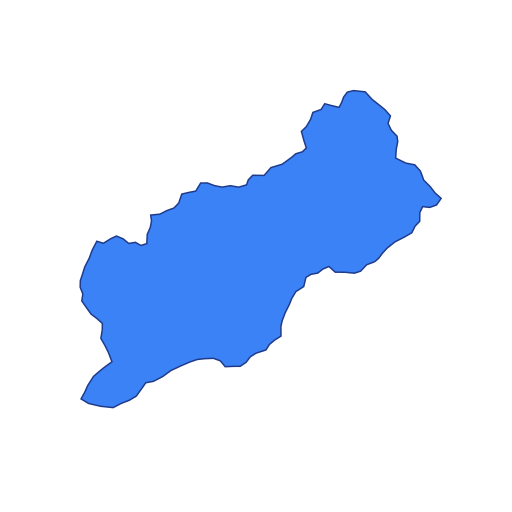 Ibiam, Santa Catarina, Brazil (Natural Earth projection), rotated 286°
{"feature_id": "56859067B57990833379238", "entity_name": "Ibiam", "entity_type": "district", "adm_level": 2, "iso_a3": "BRA", "parent_name": "Brazil", "parent_adm1": "Santa Catarina", "projection": "natural_earth1", "projection_center": [-51.214, -27.212], "detail": "fine", "context": "isolated", "style": "filled", "palette": "blue", "viewbox_px": 512, "rotation_deg": 286, "n_neighbors": 0, "source": "geoboundaries", "source_scale": "gbopen_adm2", "svg_char_len": 1929}
<svg xmlns="http://www.w3.org/2000/svg" viewBox="0 0 512 512"><g transform="rotate(286 256 256)"><path d="M443.9,315.7L441.9,304.2L438.7,298.6L432.9,296.4L427.3,296.0L421.8,294.9L421.4,286.4L421.3,280.1L414.8,278.2L409.7,271.1L402.4,270.8L394.2,268.7L388.3,265.3L380.4,270.1L373.7,274.6L368.9,271.8L365.2,266.0L360.6,263.0L351.4,255.8L345.1,246.0L335.7,241.6L332.7,230.6L327.1,227.6L321.8,227.3L317.4,220.4L316.5,211.9L312.9,204.5L312.2,196.9L312.8,189.1L310.9,182.7L301.8,180.2L298.7,174.1L295.1,167.6L285.5,167.1L279.5,163.9L275.1,157.8L269.7,152.0L266.3,143.5L260.9,145.9L254.4,146.5L246.8,145.5L237.8,147.6L234.4,142.4L235.9,136.3L233.0,130.2L235.9,123.5L236.7,116.3L232.8,111.8L226.2,105.8L226.3,98.9L216.3,96.9L208.0,96.3L198.3,94.4L189.6,94.2L184.0,93.9L177.5,95.6L171.8,100.0L164.8,100.9L159.5,107.4L154.6,113.6L152.2,120.0L148.8,126.9L142.5,128.6L134.0,129.6L128.4,135.4L122.5,140.8L114.6,146.7L108.4,141.8L102.5,137.6L95.5,133.0L85.3,130.0L77.9,128.9L70.4,127.2L68.1,135.7L68.7,148.0L70.9,160.5L77.1,167.0L82.5,174.1L88.3,179.5L97.1,182.7L103.8,185.0L107.2,191.9L114.6,199.7L122.5,205.8L129.9,214.3L135.8,221.5L140.3,228.0L143.2,235.1L145.9,243.2L145.4,250.6L141.1,256.9L143.7,264.7L145.6,271.2L151.1,275.8L157.5,278.3L162.5,282.7L168.5,291.5L174.5,293.2L180.1,296.9L185.9,302.1L194.9,299.4L200.8,299.0L209.4,299.7L218.6,301.4L225.1,302.1L232.7,304.1L239.8,310.3L249.2,309.9L253.6,314.0L256.6,320.1L261.8,323.8L266.0,329.0L262.3,336.6L264.9,346.0L266.6,355.3L270.2,360.7L278.1,364.8L283.2,371.6L287.7,374.6L293.1,376.6L299.6,379.8L308.0,385.8L314.8,393.1L321.3,399.4L328.6,400.7L334.5,403.8L342.9,401.5L349.4,402.6L350.6,409.6L354.8,415.5L362.4,418.1L366.0,410.7L370.8,404.2L375.1,396.4L382.9,390.7L387.4,383.5L386.6,374.2L388.6,363.3L397.1,361.4L405.0,360.7L410.0,358.6L414.2,351.4L419.8,346.4L427.7,346.6L432.2,339.6L435.4,332.1L438.5,324.5L443.9,315.7Z" fill="#3b82f6" stroke="#1e3a8a" stroke-width="1.5"/></g></svg>